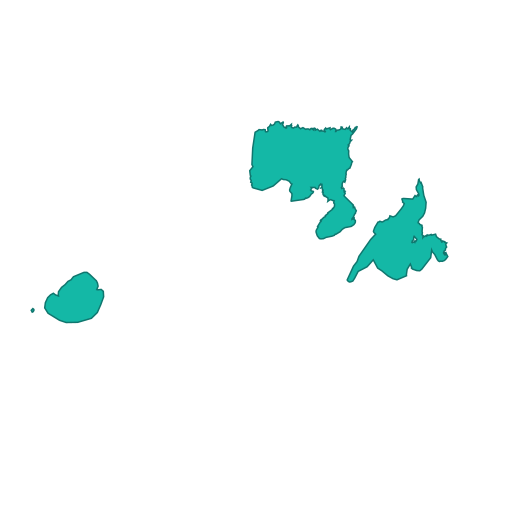 the district of Rewa, Central, Fiji, rotated 31°
{"feature_id": "14151628B39642918357252", "entity_name": "Rewa", "entity_type": "district", "adm_level": 2, "iso_a3": "FJI", "parent_name": "Fiji", "parent_adm1": "Central", "projection": "equal_earth", "projection_center": [178.419, -18.226], "detail": "fine", "context": "isolated", "style": "filled", "palette": "teal", "viewbox_px": 512, "rotation_deg": 31, "n_neighbors": 0, "source": "geoboundaries", "source_scale": "gbopen_adm2", "svg_char_len": 6136}
<svg xmlns="http://www.w3.org/2000/svg" viewBox="0 0 512 512"><g transform="rotate(31 256 256)"><path d="M218.4,199.1L227.5,196.6L234.7,187.1L238.1,176.6L240.0,176.4L242.6,175.1L246.0,174.8L249.0,176.0L249.7,175.8L250.2,179.8L250.8,182.1L251.6,183.0L254.6,184.0L255.8,185.9L257.7,190.8L258.1,190.8L267.7,183.0L268.4,182.2L268.6,180.9L269.1,180.9L270.4,179.4L271.3,177.5L271.5,174.4L272.2,172.9L272.2,171.4L271.7,171.1L270.0,171.7L268.8,171.3L268.9,169.1L268.0,168.8L271.3,166.8L272.1,167.3L274.4,167.0L274.5,165.0L273.9,163.3L274.3,161.2L274.4,160.9L275.2,161.6L275.7,160.8L276.8,162.4L276.7,164.0L277.4,163.2L279.2,165.3L279.4,165.0L279.8,165.4L279.9,167.0L280.9,166.9L281.2,168.0L281.9,168.8L283.6,169.5L283.7,168.8L284.9,169.2L287.7,169.2L289.0,170.9L289.4,172.1L290.1,170.4L291.1,169.1L293.1,169.0L294.4,168.4L295.3,170.5L296.5,170.9L297.7,173.1L297.7,175.5L297.1,175.8L297.4,176.9L295.3,182.1L295.8,182.6L294.6,185.7L295.2,186.4L294.2,188.0L293.5,190.8L293.1,191.3L293.0,192.3L293.9,192.3L293.9,193.0L293.6,193.1L293.6,199.1L294.3,199.2L294.4,202.8L294.7,203.8L295.4,204.8L298.1,207.1L301.4,208.4L302.8,207.9L304.9,206.4L306.5,203.9L310.9,199.9L312.5,197.9L312.7,196.5L313.3,196.2L315.6,191.9L316.2,188.7L317.6,185.9L322.4,181.6L323.7,178.8L323.9,177.0L323.7,175.7L322.8,174.3L321.3,174.2L320.4,172.6L320.1,172.6L320.1,174.2L319.4,175.2L319.1,174.5L319.4,172.2L319.0,169.7L319.2,167.9L318.9,167.5L318.7,165.6L316.3,164.3L315.5,163.4L314.9,163.6L314.5,164.4L314.0,163.8L314.0,163.0L313.3,162.9L313.1,162.2L300.7,159.2L300.3,158.9L300.2,156.4L300.0,156.1L298.8,155.9L298.5,155.4L299.0,155.1L299.1,154.6L297.8,154.7L296.8,153.0L295.7,152.8L294.7,154.0L293.9,153.4L294.1,151.7L293.6,151.5L293.4,150.7L292.8,150.2L292.4,148.4L292.6,147.0L293.6,147.0L293.0,146.4L293.2,146.2L293.8,146.7L294.0,146.5L293.7,145.2L293.5,144.4L292.7,143.7L292.5,142.3L291.8,141.3L291.1,139.2L290.5,138.9L289.5,135.7L290.1,135.2L290.5,133.2L291.2,132.5L290.6,128.5L289.9,126.5L290.1,125.5L285.5,123.8L284.7,123.2L282.8,120.8L281.3,118.1L279.6,117.1L278.9,115.6L279.0,113.7L278.3,113.7L277.8,113.2L278.2,112.4L278.2,110.8L277.6,108.9L278.2,108.3L278.3,107.5L277.5,108.0L276.7,107.6L275.3,103.6L275.9,101.8L276.6,95.3L276.0,92.6L275.7,93.9L274.9,94.5L274.8,97.0L274.2,98.1L274.3,98.8L275.4,99.4L275.3,100.3L271.9,99.6L271.6,98.5L271.3,98.3L270.4,98.8L269.5,97.3L269.2,99.6L268.8,99.9L267.6,99.4L267.2,101.6L264.3,102.5L264.0,102.4L263.7,101.2L262.5,101.5L263.2,103.3L263.1,104.0L262.0,105.4L260.4,106.6L260.4,108.1L260.1,108.3L259.6,106.8L258.9,106.2L257.3,106.2L256.2,106.8L254.7,109.4L253.7,108.8L253.4,108.0L250.8,110.9L249.8,110.4L249.4,112.4L250.3,113.3L251.3,113.6L251.2,114.1L249.4,114.2L248.1,115.0L247.5,114.4L246.9,114.7L246.6,116.2L243.2,115.7L242.1,117.5L241.2,116.3L240.5,116.2L240.1,116.4L240.0,117.5L240.4,118.3L239.3,118.2L239.6,117.3L239.1,117.3L238.3,118.2L237.7,118.1L237.4,118.5L237.2,120.0L236.8,120.2L235.8,120.0L235.0,120.4L234.1,120.9L233.5,121.8L230.1,121.8L228.6,124.0L225.8,123.5L225.2,122.6L224.3,122.1L224.2,123.0L224.5,123.1L224.5,123.7L224.2,124.9L222.9,125.4L222.2,127.1L220.2,127.5L219.5,126.7L219.6,126.0L218.9,125.7L218.5,124.9L217.8,127.1L215.2,128.7L215.1,129.3L216.2,130.3L215.9,130.9L213.3,131.0L211.7,130.0L211.1,130.0L210.9,128.4L210.6,127.4L210.2,127.2L208.8,130.1L207.1,129.2L205.7,129.3L203.6,131.3L203.9,133.3L203.3,134.9L202.1,136.1L200.7,135.6L200.8,138.0L200.0,139.9L200.1,140.3L201.9,142.5L201.8,143.4L200.7,144.5L200.1,144.5L198.8,143.0L197.4,143.6L196.3,144.8L193.5,146.1L193.2,147.2L191.5,150.4L197.6,165.2L205.4,179.7L207.4,181.0L206.7,186.1L209.6,189.8L210.5,190.1L210.5,191.2L211.1,192.5L211.6,193.1L213.0,193.7L213.5,195.5L214.8,195.5L215.5,196.2L215.6,197.4L216.6,197.9L217.3,198.9L218.4,199.1ZM420.7,157.7L417.9,156.0L418.1,156.9L417.5,157.8L417.0,157.7L416.8,155.4L416.0,155.9L415.6,157.1L415.1,156.8L414.7,154.6L415.3,153.4L414.5,151.8L414.8,150.1L413.5,149.4L413.4,148.9L412.8,148.5L412.5,147.6L412.8,146.6L410.9,147.1L410.8,146.6L409.2,146.7L408.2,148.1L407.8,147.2L406.7,147.7L406.1,147.2L405.8,146.4L404.2,147.0L400.7,146.5L398.7,144.8L395.7,147.7L395.0,147.3L394.0,148.7L392.5,149.7L392.1,150.7L391.7,150.1L390.5,152.5L389.8,152.5L389.6,154.2L388.6,152.5L387.3,152.2L386.7,150.4L385.7,149.4L383.8,145.6L383.0,145.3L382.5,144.2L380.0,144.6L379.3,144.0L378.0,144.1L377.6,143.6L377.2,141.0L378.5,136.1L378.3,132.3L376.8,127.6L374.1,122.3L368.6,117.6L363.7,111.8L363.4,110.9L359.7,108.0L359.5,108.6L357.2,107.3L356.2,106.1L356.0,106.7L357.7,111.0L357.7,114.3L359.3,116.5L363.3,118.8L364.3,119.9L364.4,120.7L363.0,120.5L363.0,122.0L362.8,122.1L363.0,122.4L362.7,122.6L361.2,122.3L361.0,126.5L352.8,130.7L352.1,131.3L351.7,132.0L353.6,133.6L353.9,134.3L356.1,134.7L356.5,137.2L356.2,141.0L355.0,149.6L353.4,151.9L350.1,152.6L350.7,154.6L350.1,155.7L350.4,156.7L348.5,158.5L347.0,161.5L346.4,162.0L344.3,162.4L343.9,163.4L343.1,164.1L343.1,170.4L343.9,174.3L344.8,175.0L347.3,175.7L345.8,182.7L344.4,203.2L345.5,208.7L344.8,214.5L346.5,229.6L348.0,230.2L349.4,230.2L350.5,229.4L351.9,227.6L352.0,224.4L351.5,216.6L356.8,208.0L358.5,198.9L366.5,203.7L371.6,203.9L379.2,205.1L385.1,204.9L389.1,203.8L395.2,195.4L394.5,194.5L392.4,189.6L392.4,183.4L395.4,185.7L395.4,186.3L396.9,186.6L401.3,185.7L404.0,184.3L404.9,181.9L406.6,167.5L403.5,160.4L405.1,161.6L408.3,162.6L413.3,165.7L414.9,166.3L416.2,166.2L416.8,165.4L418.4,164.6L419.7,163.0L420.3,161.4L420.7,157.7ZM382.7,164.1L382.2,162.6L382.7,160.9L381.5,158.6L381.4,157.7L385.3,158.8L385.6,160.5L385.1,160.8L385.3,161.5L384.4,161.6L384.7,162.2L384.3,162.0L384.1,162.9L383.3,163.6L383.1,164.1L382.7,164.1ZM136.2,363.2L134.1,360.9L132.0,359.5L122.7,357.4L119.5,357.1L117.0,358.6L115.5,360.6L110.2,367.8L109.7,371.7L107.9,374.6L107.1,378.9L105.5,383.0L105.1,388.3L106.3,390.8L107.3,392.0L104.1,392.6L101.5,392.3L99.9,395.1L98.9,399.0L99.5,404.5L101.6,409.3L107.3,412.2L120.7,412.3L127.5,410.8L137.3,404.7L147.0,394.2L149.1,386.2L148.0,377.7L146.4,369.4L143.3,364.9L140.5,364.4L137.9,366.4L136.8,366.8L136.2,363.2ZM93.6,418.7L93.7,417.2L93.1,416.2L91.8,416.0L91.3,418.3L93.1,419.4L93.6,418.7Z" fill="#14b8a6" stroke="#0f766e" stroke-width="1.5"/></g></svg>